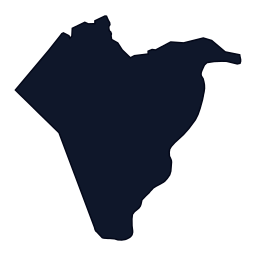 Avelino Lopes, Piauí, Brazil
{"feature_id": "56859067B19976074520340", "entity_name": "Avelino Lopes", "entity_type": "district", "adm_level": 2, "iso_a3": "BRA", "parent_name": "Brazil", "parent_adm1": "Piauí", "projection": "mercator", "projection_center": [-43.895, -10.208], "detail": "fine", "context": "isolated", "style": "filled", "palette": "ink", "viewbox_px": 256, "rotation_deg": 0, "n_neighbors": 0, "source": "geoboundaries", "source_scale": "gbopen_adm2", "svg_char_len": 1657}
<svg xmlns="http://www.w3.org/2000/svg" viewBox="0 0 256 256"><path d="M239.7,54.8L225.2,51.9L211.7,40.5L203.3,38.0L183.6,42.9L170.7,42.0L161.4,46.9L155.6,50.0L152.1,49.5L148.1,51.2L148.2,54.0L134.4,55.7L130.4,57.8L122.2,49.9L117.7,42.9L111.6,39.5L111.3,37.5L111.0,35.8L111.4,33.9L110.7,32.0L109.6,31.1L109.1,29.8L108.8,28.1L108.8,26.5L109.9,24.7L109.6,22.6L108.3,20.3L107.2,17.9L106.5,16.2L105.0,16.0L94.9,20.8L94.9,23.7L88.3,23.9L84.8,22.3L72.3,28.3L71.9,36.1L69.9,38.3L68.9,35.7L63.4,32.9L61.8,33.7L60.0,36.1L48.6,50.5L26.4,76.9L15.4,90.0L18.6,93.2L30.1,104.4L38.7,112.9L46.1,120.1L59.0,132.7L74.8,174.8L75.6,176.9L94.5,227.3L95.1,229.6L95.8,231.0L96.9,231.9L99.1,234.3L101.2,236.5L102.3,237.7L104.0,238.1L105.8,238.2L108.0,238.4L110.0,238.4L114.7,238.8L117.8,239.8L120.1,239.9L121.7,240.0L123.5,239.7L125.0,239.5L126.5,239.0L128.1,238.2L129.6,237.4L130.7,236.5L132.0,234.8L132.6,232.4L132.6,230.9L132.0,225.9L131.9,218.9L132.4,214.4L134.4,211.7L138.8,208.1L140.2,206.2L140.9,204.4L141.9,199.9L144.2,197.5L145.9,195.7L147.3,194.4L149.2,192.6L150.1,191.3L151.9,189.5L153.2,188.0L156.2,186.1L160.4,183.9L163.5,182.1L164.8,181.1L167.3,178.3L169.7,174.8L170.8,171.1L171.5,162.1L171.3,160.4L170.5,158.4L169.4,156.1L169.2,152.1L169.7,149.1L171.3,146.4L174.8,142.5L183.5,134.5L189.0,128.3L195.3,119.8L198.0,114.4L200.1,108.3L202.4,100.0L203.2,96.1L203.5,94.3L204.0,92.1L204.5,88.4L204.4,84.9L203.9,82.0L203.1,78.8L201.3,75.9L201.0,74.2L201.2,72.5L201.8,70.7L203.1,67.8L204.4,65.0L206.9,62.6L212.1,61.8L214.1,61.5L221.8,61.2L226.6,61.3L237.3,63.9L240.0,63.3L240.6,61.4L240.6,59.5L239.9,56.3L239.7,54.8Z" fill="#0f172a" stroke="#020617" stroke-width="1.5"/></svg>